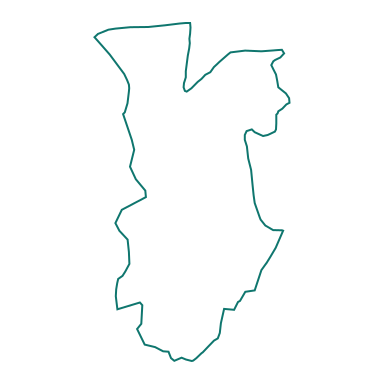 the district of Ikole, Ekiti, Nigeria
{"feature_id": "59680162B9357675593038", "entity_name": "Ikole", "entity_type": "district", "adm_level": 2, "iso_a3": "NGA", "parent_name": "Nigeria", "parent_adm1": "Ekiti", "projection": "robinson", "projection_center": [5.536, 7.881], "detail": "fine", "context": "isolated", "style": "outline", "palette": "teal", "viewbox_px": 384, "rotation_deg": 0, "n_neighbors": 0, "source": "geoboundaries", "source_scale": "gbopen_adm2", "svg_char_len": 1826}
<svg xmlns="http://www.w3.org/2000/svg" viewBox="0 0 384 384"><path d="M273.7,50.4L271.1,50.6L261.4,51.3L245.1,50.6L230.5,52.4L228.0,54.4L219.3,62.0L216.6,64.6L215.6,65.5L213.9,67.1L210.3,72.2L205.3,74.8L201.5,78.9L197.7,81.9L191.4,88.3L186.7,91.6L184.9,90.9L183.6,87.3L184.0,83.0L184.7,80.9L185.8,77.3L185.8,71.2L187.8,55.7L189.2,48.3L189.8,43.2L189.4,38.8L190.1,33.7L190.5,27.6L190.2,23.8L190.1,23.0L185.7,23.0L179.8,23.5L165.0,25.3L148.2,27.0L130.3,27.2L115.5,28.6L108.4,29.7L98.0,33.9L94.5,37.2L99.1,42.4L109.7,54.5L124.2,74.0L127.1,80.1L128.9,84.6L129.2,88.2L128.9,91.6L127.5,103.3L124.8,112.3L123.1,114.1L131.8,139.9L134.2,149.8L130.0,166.7L135.8,179.2L145.3,190.6L145.9,197.1L121.8,209.8L115.4,223.1L119.4,230.8L127.6,239.6L128.9,252.0L129.4,263.9L125.3,271.5L122.5,275.9L118.2,278.9L117.2,283.2L116.2,289.3L115.8,296.2L116.7,303.6L117.4,309.3L139.9,302.5L142.3,305.2L141.3,323.8L137.1,329.0L144.7,344.6L155.1,347.1L163.1,351.3L168.5,351.7L171.0,358.1L174.3,360.8L181.6,357.7L185.9,359.5L191.8,361.0L193.2,360.6L196.3,358.2L201.5,353.2L202.7,352.4L208.4,346.4L214.0,340.6L217.8,338.4L219.8,333.0L220.9,323.2L224.1,308.9L234.1,309.8L238.0,302.0L240.0,300.9L245.3,291.8L254.7,290.4L261.4,270.1L266.2,263.4L266.3,263.4L270.2,257.1L275.7,247.8L283.1,230.7L282.1,230.3L273.1,230.1L265.3,225.5L260.6,219.6L259.7,217.3L254.7,203.0L253.6,195.1L252.6,185.4L251.1,169.9L248.2,158.4L246.9,146.4L244.8,139.8L244.8,135.0L246.6,131.1L251.8,129.4L254.7,132.2L263.0,136.0L267.7,135.0L270.3,133.8L274.9,131.6L276.0,129.4L276.3,123.5L276.3,114.7L277.6,113.4L278.3,111.3L282.3,108.7L286.4,104.4L289.5,102.8L289.1,98.3L289.1,98.2L285.9,93.4L281.9,90.2L278.3,87.3L277.2,80.7L276.0,74.5L273.3,69.2L271.3,65.1L273.3,61.3L275.1,60.0L280.3,57.5L284.1,53.4L281.9,49.8L277.2,50.1L273.7,50.4Z" fill="none" stroke="#0f766e" stroke-width="2"/></svg>